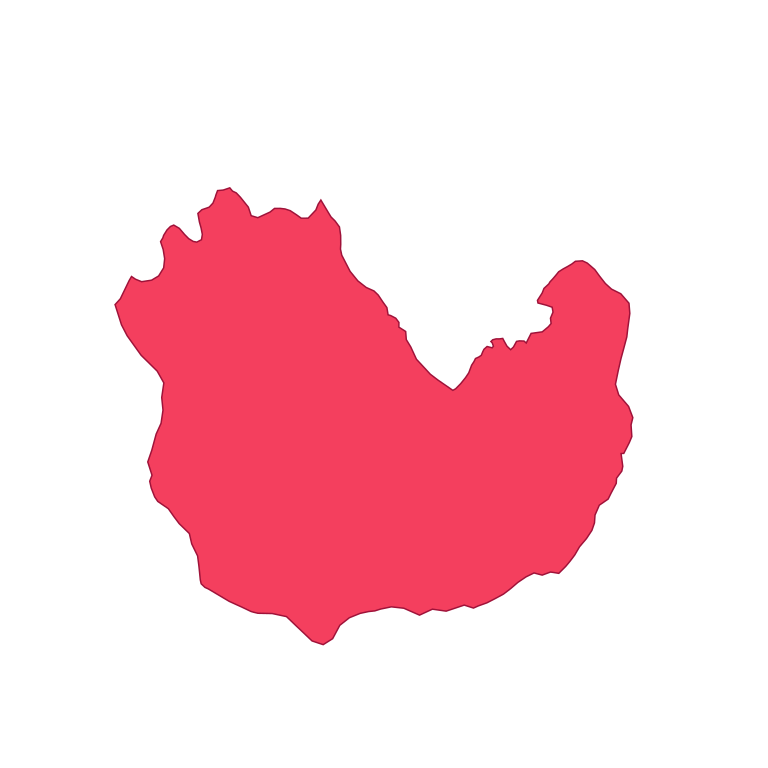 Kerouane, Kérouané, Guinea, rotated 64°
{"feature_id": "49546643B6018429350706", "entity_name": "Kerouane", "entity_type": "district", "adm_level": 2, "iso_a3": "GIN", "parent_name": "Guinea", "parent_adm1": "Kérouané", "projection": "orthographic", "projection_center": [-9.183, 9.346], "detail": "fine", "context": "isolated", "style": "filled", "palette": "rose", "viewbox_px": 768, "rotation_deg": 64, "n_neighbors": 0, "source": "geoboundaries", "source_scale": "gbopen_adm2", "svg_char_len": 3110}
<svg xmlns="http://www.w3.org/2000/svg" viewBox="0 0 768 768"><g transform="rotate(64 384 384)"><path d="M627.4,314.7L630.8,309.9L627.5,300.4L624.7,294.2L621.3,287.5L616.0,279.6L611.7,269.8L606.7,261.3L601.1,255.7L594.3,251.8L587.3,243.6L585.7,233.0L581.6,227.7L578.6,223.6L575.1,218.8L570.6,216.3L566.5,208.4L562.7,205.5L550.4,201.4L551.5,198.9L544.2,189.2L539.9,184.3L529.1,179.9L523.3,175.1L511.4,174.0L496.7,177.8L485.7,176.1L474.8,167.7L465.1,159.9L457.1,152.9L448.1,145.1L441.0,140.6L428.3,132.1L418.8,128.4L406.7,131.6L398.5,137.9L390.7,141.0L381.4,143.0L373.5,144.4L364.4,148.3L360.3,151.6L357.6,158.2L358.5,162.7L358.9,168.0L359.1,172.5L359.7,177.8L361.8,182.3L363.5,186.2L365.0,190.1L366.3,192.0L368.2,198.3L371.6,202.0L376.1,209.4L378.7,210.1L384.4,203.5L388.7,199.2L393.5,200.6L397.8,205.5L402.9,207.3L404.6,211.2L406.5,218.9L403.0,229.6L409.5,238.2L406.8,239.3L404.6,243.4L403.8,246.2L407.5,251.4L408.7,255.1L403.9,256.9L398.6,257.2L395.1,257.3L394.0,260.6L392.6,263.4L391.9,266.9L392.7,269.3L394.4,268.7L398.0,269.1L398.9,270.9L395.5,274.9L396.6,278.9L398.2,281.0L400.9,284.0L401.3,287.1L401.2,290.6L403.3,293.3L405.5,297.0L411.1,302.9L414.0,307.9L417.3,314.9L419.7,321.7L419.9,324.9L403.9,333.9L395.5,338.1L386.5,340.8L376.0,344.0L362.4,343.7L353.9,344.5L346.3,341.5L339.4,345.7L335.2,343.6L330.0,344.6L325.4,348.0L323.6,350.0L316.6,347.9L310.2,349.0L301.5,350.2L296.0,352.2L289.4,357.7L279.9,362.3L267.9,365.1L258.7,365.3L249.7,365.5L243.7,364.0L239.6,361.7L231.4,357.8L223.3,355.2L216.1,356.5L210.6,358.4L206.3,358.8L191.0,360.1L193.5,364.3L197.8,369.0L197.9,369.4L201.7,379.5L198.7,385.7L193.7,388.4L187.1,392.3L183.3,396.2L180.6,400.4L179.2,403.4L178.2,405.4L179.5,411.0L179.2,424.5L174.5,429.6L165.6,428.4L153.2,431.2L147.5,433.0L144.2,435.6L140.1,436.6L139.2,443.5L137.2,448.8L140.6,452.4L142.0,453.6L146.4,458.4L148.4,463.6L148.1,466.5L147.5,471.3L149.1,476.5L157.5,478.9L163.5,480.0L169.9,481.7L174.3,484.8L174.4,490.1L173.7,491.0L172.2,493.0L167.8,495.8L162.2,497.7L154.4,499.7L149.0,503.3L148.8,506.9L150.4,511.5L153.8,516.9L155.7,518.7L158.1,522.4L166.3,523.5L175.2,526.2L183.0,531.1L188.1,539.2L188.8,547.4L185.8,557.0L180.9,561.4L176.7,563.8L179.3,567.7L191.8,583.6L194.6,590.5L194.7,590.9L215.7,594.0L228.0,593.7L251.7,589.7L273.0,582.2L286.5,581.4L298.7,589.7L310.6,594.1L321.6,601.6L329.1,610.7L341.8,621.8L350.5,630.5L364.3,632.5L368.7,637.2L375.4,638.8L384.9,639.6L390.4,638.8L401.5,632.5L411.4,630.9L419.7,629.3L433.1,624.5L443.4,626.9L456.8,626.9L466.3,630.1L472.6,632.4L479.6,635.0L483.4,635.9L486.4,634.8L488.3,634.1L491.1,631.8L511.5,618.4L517.7,613.3L521.9,609.8L530.2,603.2L532.0,601.2L534.8,597.8L541.3,585.1L549.3,574.9L550.3,573.6L562.8,569.0L583.4,561.3L589.0,555.6L591.6,552.9L590.4,541.8L581.5,529.5L578.9,517.6L579.7,506.0L581.8,497.5L583.9,491.7L584.8,485.7L587.5,475.1L594.2,464.5L596.2,462.8L607.3,453.4L607.6,439.2L615.4,427.7L617.9,408.8L624.6,401.8L624.8,396.4L625.8,387.4L625.6,378.1L625.2,368.7L623.4,359.8L621.0,350.6L619.6,340.9L619.6,335.4L619.6,332.0L625.1,325.6L626.0,316.8L627.4,314.7Z" fill="#f43f5e" stroke="#9f1239" stroke-width="1.5"/></g></svg>